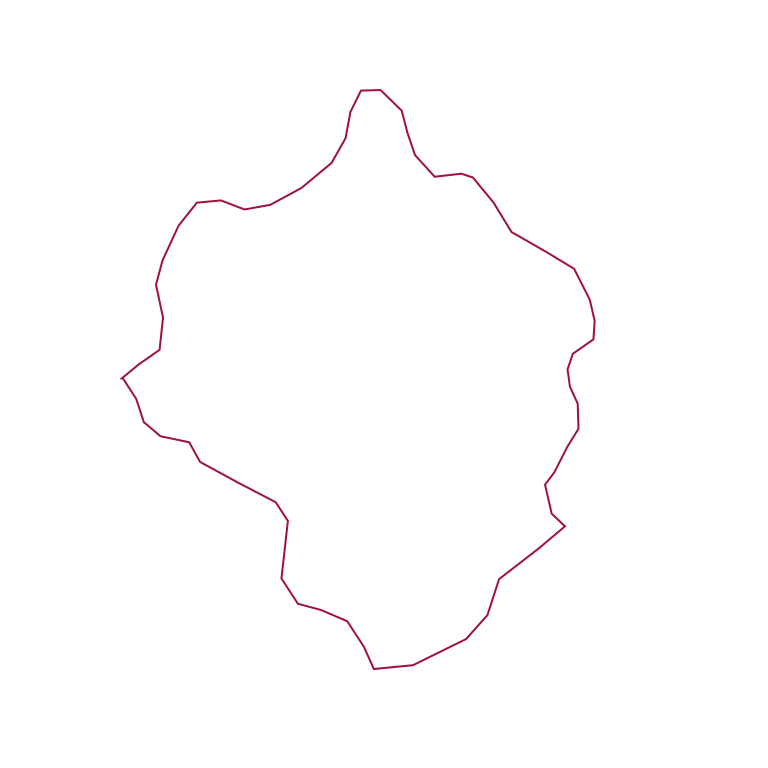 Markaryd, Kronoberg, Sweden, rotated 327°
{"feature_id": "70781695B56962203648696", "entity_name": "Markaryd", "entity_type": "district", "adm_level": 2, "iso_a3": "SWE", "parent_name": "Sweden", "parent_adm1": "Kronoberg", "projection": "mercator", "projection_center": [13.654, 56.563], "detail": "fine", "context": "isolated", "style": "outline", "palette": "rose", "viewbox_px": 768, "rotation_deg": 327, "n_neighbors": 0, "source": "geoboundaries", "source_scale": "gbopen_adm2", "svg_char_len": 934}
<svg xmlns="http://www.w3.org/2000/svg" viewBox="0 0 768 768"><g transform="rotate(327 384 384)"><path d="M330.8,638.0L344.8,634.2L374.3,610.3L424.8,606.1L457.7,602.0L458.3,601.9L454.0,584.1L464.2,556.2L479.0,550.7L503.2,536.7L522.7,527.5L535.7,506.1L538.5,487.5L545.9,471.7L558.9,461.5L584.0,460.6L595.1,445.7L602.5,425.3L606.2,391.0L592.3,362.2L573.7,326.0L574.7,291.6L571.0,259.1L568.5,256.1L563.5,249.8L539.4,237.8L534.7,209.0L540.3,186.7L547.7,164.4L541.2,135.6L524.5,125.4L504.1,137.5L485.5,157.0L460.5,170.0L421.5,174.6L386.2,171.8L362.0,161.6L347.2,141.2L325.8,130.0L298.0,139.3L265.5,159.8L246.9,176.5L234.8,208.0L214.4,233.1L188.4,234.0L167.1,236.5L168.1,237.5L168.1,261.4L161.8,285.3L168.1,306.1L188.9,326.8L187.3,349.2L208.0,387.5L228.8,424.2L228.8,446.5L192.1,491.2L192.1,521.5L208.0,539.1L224.0,563.0L224.0,593.3L220.3,617.5L255.1,635.6L314.0,642.6L330.8,638.0Z" fill="none" stroke="#9f1239" stroke-width="2"/></g></svg>